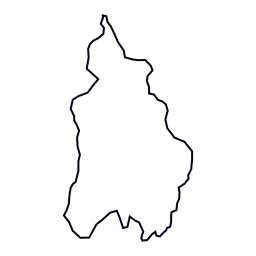 Vasa Koilaniou, Limassol, Cyprus
{"feature_id": "46923920B80352268926708", "entity_name": "Vasa Koilaniou", "entity_type": "district", "adm_level": 2, "iso_a3": "CYP", "parent_name": "Cyprus", "parent_adm1": "Limassol", "projection": "albers", "projection_center": [32.788, 34.84], "detail": "fine", "context": "isolated", "style": "outline", "palette": "ink", "viewbox_px": 256, "rotation_deg": 0, "n_neighbors": 0, "source": "geoboundaries", "source_scale": "gbopen_adm2", "svg_char_len": 1306}
<svg xmlns="http://www.w3.org/2000/svg" viewBox="0 0 256 256"><path d="M63.9,215.5L69.1,222.1L72.7,230.8L80.4,237.8L89.2,237.6L93.5,229.6L96.6,224.2L102.0,220.0L110.3,212.6L116.8,210.8L119.5,217.2L123.1,228.0L127.4,226.9L129.8,216.6L135.5,220.8L139.1,222.3L143.3,231.7L142.0,235.0L141.4,238.4L142.3,240.6L147.1,240.1L148.7,238.2L152.2,234.1L155.3,231.8L156.4,235.7L160.0,236.4L162.4,233.6L165.9,230.5L167.2,227.8L170.1,226.9L171.1,222.2L171.1,218.5L171.2,214.7L171.5,212.2L176.5,210.1L177.1,203.6L179.2,198.6L179.5,192.2L178.7,187.6L184.6,183.6L188.6,178.7L188.2,175.2L191.2,169.2L192.1,159.3L192.1,151.4L191.4,150.3L184.5,141.8L174.5,137.6L167.3,128.2L165.4,119.5L167.7,110.6L165.8,104.2L162.1,101.4L157.9,99.9L154.0,94.5L149.1,93.5L149.0,87.0L146.8,80.9L147.7,76.0L152.6,70.2L150.5,65.4L145.2,59.9L138.5,60.2L132.5,59.4L125.0,57.3L123.8,50.7L117.7,41.6L114.3,33.6L110.8,26.3L107.5,22.0L106.3,16.2L102.8,15.4L102.9,18.0L100.8,23.9L104.0,27.9L103.3,33.9L98.2,38.2L93.6,40.5L90.0,44.0L88.1,49.1L88.7,57.4L86.7,68.7L98.2,79.1L92.7,85.9L87.6,92.7L78.5,96.1L72.8,99.7L70.7,108.9L74.2,116.3L74.2,120.5L76.8,125.0L79.1,130.8L77.1,137.5L77.6,146.7L79.9,154.7L78.4,161.4L78.4,170.8L75.7,181.8L72.9,184.0L70.6,188.1L69.4,196.1L68.8,203.8L66.5,210.6L63.9,215.5Z" fill="none" stroke="#020617" stroke-width="2"/></svg>